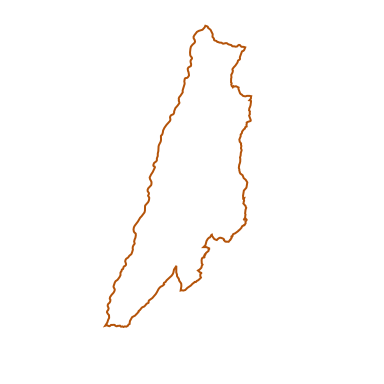 Boavita, Boyacá, Colombia, rotated 24°
{"feature_id": "7082276B25149264338042", "entity_name": "Boavita", "entity_type": "district", "adm_level": 2, "iso_a3": "COL", "parent_name": "Colombia", "parent_adm1": "Boyacá", "projection": "natural_earth1", "projection_center": [-72.616, 6.332], "detail": "fine", "context": "isolated", "style": "outline", "palette": "amber", "viewbox_px": 384, "rotation_deg": 24, "n_neighbors": 0, "source": "geoboundaries", "source_scale": "gbopen_adm2", "svg_char_len": 6024}
<svg xmlns="http://www.w3.org/2000/svg" viewBox="0 0 384 384"><g transform="rotate(24 192 192)"><path d="M239.8,165.2L238.6,160.7L236.1,159.0L233.6,158.3L231.4,156.1L228.7,155.5L227.6,154.6L227.2,153.9L226.5,153.2L226.0,152.0L225.0,151.0L224.1,148.0L224.0,146.3L223.7,144.7L222.7,142.2L221.8,140.9L221.6,138.9L220.7,136.4L220.4,133.8L220.2,133.4L219.0,132.2L218.8,131.7L218.4,129.9L217.5,128.9L217.2,127.9L216.6,127.4L215.2,126.7L213.9,124.8L213.8,121.3L213.1,119.7L213.6,118.1L213.2,116.3L213.9,113.5L214.5,112.6L214.3,111.1L215.3,109.9L214.4,108.5L214.3,107.4L213.7,106.3L214.3,105.4L216.1,103.8L216.6,103.2L216.6,102.9L216.3,102.3L213.1,99.0L213.2,97.2L212.6,96.5L212.1,94.8L210.9,94.2L210.3,92.1L210.4,91.1L210.2,89.0L209.1,85.3L208.8,84.8L208.3,84.5L207.2,84.8L207.8,82.7L207.2,81.1L207.1,80.4L205.4,80.8L203.0,81.9L202.1,82.8L200.5,83.3L199.3,83.4L197.9,82.8L196.6,82.7L195.6,82.1L192.4,78.8L192.1,77.6L189.2,77.5L187.7,78.5L187.0,78.4L186.7,79.7L186.1,79.3L185.3,79.1L184.9,78.5L184.2,78.0L184.0,76.5L183.1,76.0L181.6,72.5L181.5,71.5L180.2,69.0L180.4,66.9L180.3,65.6L179.9,64.4L179.2,63.9L179.0,63.0L179.5,60.9L180.2,58.9L180.9,55.2L180.6,53.2L181.7,51.5L181.7,50.9L180.9,49.4L180.5,43.4L180.7,42.9L181.5,42.2L181.9,41.1L181.8,38.2L180.2,38.4L178.1,39.2L177.2,38.9L175.9,38.3L175.1,38.5L174.6,39.1L174.0,40.7L172.8,41.5L171.1,41.8L170.2,42.3L169.4,42.4L168.2,41.8L165.2,42.3L163.3,41.9L162.4,42.2L160.2,43.8L159.6,43.9L158.3,43.6L156.1,44.4L155.2,44.3L154.1,44.6L152.9,44.1L151.2,44.3L150.7,44.3L150.2,44.0L149.6,42.9L147.6,41.9L146.7,39.4L143.0,36.3L139.7,35.4L139.2,34.6L138.4,34.5L136.6,34.7L136.6,36.4L135.6,39.5L132.7,42.0L131.4,43.7L130.4,47.9L130.3,49.6L131.0,50.9L132.6,52.0L133.6,53.4L133.7,54.4L133.5,55.0L132.5,57.3L131.9,59.6L132.3,61.8L133.4,65.2L134.7,67.7L135.6,68.5L137.1,69.2L137.6,69.8L137.7,70.2L137.3,72.1L137.4,73.0L138.1,74.2L139.1,75.4L139.6,76.5L139.7,77.4L139.6,77.7L138.7,78.7L138.0,79.9L138.0,81.3L139.1,83.0L140.0,83.8L141.4,85.9L141.9,86.9L141.5,89.0L141.1,89.7L139.6,90.7L139.4,91.8L140.0,94.1L140.9,95.4L141.3,96.3L142.1,102.9L143.0,104.8L142.3,108.8L141.8,110.5L141.8,111.7L142.0,112.3L142.6,113.1L142.8,114.0L144.1,115.4L144.3,116.0L143.7,118.9L142.7,122.1L142.9,125.6L143.4,126.8L143.4,128.2L143.1,128.8L141.7,130.3L141.4,131.6L141.5,132.6L142.8,134.6L143.0,135.6L142.9,136.4L141.4,141.0L140.7,144.5L140.6,147.6L141.2,149.7L141.4,151.7L140.9,152.9L140.8,153.4L142.5,157.0L142.9,158.7L142.7,162.5L142.9,163.9L144.6,168.3L145.1,170.8L146.1,173.1L146.2,175.5L147.0,177.3L146.9,178.5L145.6,180.8L145.6,182.5L146.0,183.7L146.5,184.0L147.6,184.0L148.1,184.6L148.0,189.8L147.5,192.8L147.4,195.9L148.3,197.2L150.7,199.1L151.3,200.1L151.8,201.6L151.9,202.4L150.5,206.5L150.6,208.2L151.2,209.3L153.1,210.5L153.4,211.3L153.4,213.3L155.1,214.4L155.6,215.5L156.0,217.0L156.1,218.5L156.0,219.3L154.8,223.1L154.8,223.9L156.6,228.2L156.9,230.0L155.8,234.7L155.1,236.6L154.6,241.0L153.4,246.1L153.3,247.9L153.8,250.0L154.9,251.7L155.7,252.3L157.5,252.9L158.3,254.4L158.9,256.8L158.9,258.7L159.3,260.8L160.6,262.4L160.6,262.8L160.2,264.5L160.2,266.0L160.6,267.4L161.4,268.6L161.7,270.6L161.9,273.0L161.7,273.8L160.7,275.7L160.3,277.8L159.1,279.7L158.9,280.8L159.1,282.4L161.1,284.7L161.3,285.7L161.0,286.6L160.1,287.7L160.0,288.3L160.3,290.2L160.2,290.6L159.5,291.4L159.8,293.4L159.5,294.0L159.5,294.9L160.5,297.1L160.4,299.3L159.7,302.5L158.5,304.5L158.3,306.0L158.7,310.1L159.2,310.9L161.0,312.3L161.4,313.6L161.4,314.9L161.2,316.2L160.4,318.6L159.9,321.4L160.2,322.8L160.5,323.2L161.1,323.4L161.7,324.7L161.8,325.8L161.6,327.0L161.0,328.2L161.0,329.6L161.4,330.5L163.1,332.1L163.4,333.7L163.0,335.5L163.2,336.4L164.6,337.5L166.3,338.3L167.5,340.7L167.4,342.8L167.7,345.8L167.1,349.5L168.6,348.2L169.9,348.4L171.1,348.2L171.6,347.6L172.1,346.4L174.8,345.1L175.4,344.9L176.1,345.3L177.4,345.4L178.0,345.2L178.7,344.4L179.7,344.0L180.5,343.4L182.0,343.9L183.1,343.1L184.2,343.2L185.3,342.1L186.8,341.7L187.8,340.3L187.9,339.0L188.7,337.9L188.3,337.0L187.8,335.1L188.2,330.7L190.3,328.0L190.8,326.4L191.5,324.8L191.5,324.0L192.0,323.0L191.7,322.3L192.4,321.1L193.1,318.4L193.5,317.5L194.8,316.2L195.3,315.1L196.0,312.5L197.3,311.0L197.3,310.6L196.8,309.4L196.8,308.6L198.9,305.0L200.4,300.0L200.7,297.8L200.9,294.4L201.3,292.7L201.9,291.3L203.3,289.6L204.0,288.1L204.1,287.9L203.5,287.5L203.4,286.3L204.4,285.0L204.7,283.1L207.4,276.8L207.8,274.9L207.8,273.3L207.1,270.2L207.7,266.5L208.0,266.5L210.3,271.8L212.0,273.7L212.4,274.8L214.2,276.1L215.0,276.4L216.4,278.2L219.2,279.9L219.6,280.4L220.6,282.4L221.7,286.6L222.6,285.9L224.1,285.6L225.7,284.3L226.8,281.4L229.0,277.9L229.7,275.8L230.1,275.1L230.5,274.2L230.8,273.9L231.0,273.1L232.1,272.7L232.6,271.2L233.2,270.6L233.8,269.6L234.8,267.2L235.0,266.5L233.8,265.5L233.1,263.9L233.1,263.1L233.5,262.5L233.3,262.1L231.8,262.1L229.4,261.3L230.5,259.7L231.3,257.6L231.3,256.7L231.0,255.9L231.2,254.0L230.2,253.5L229.9,253.1L228.5,250.4L228.1,248.6L228.6,247.5L229.8,246.8L229.9,246.2L229.1,245.7L229.1,243.9L229.6,243.9L229.6,242.0L231.0,239.2L231.0,238.8L230.5,237.7L230.9,237.2L230.6,236.5L227.5,236.5L224.9,237.7L225.9,235.1L225.2,230.9L225.5,228.4L226.1,226.9L226.9,226.1L227.2,223.3L227.5,222.9L228.3,224.0L231.5,225.9L233.3,225.9L234.2,225.8L234.8,224.2L235.6,222.9L235.9,222.6L236.9,222.1L239.0,221.9L240.1,222.1L240.6,222.8L240.8,222.7L241.0,223.1L242.4,223.7L243.3,223.6L243.4,223.4L245.7,222.6L246.3,220.1L246.5,220.1L246.8,218.0L246.8,217.7L246.6,217.7L246.1,216.6L246.3,216.2L246.9,215.8L246.7,214.9L246.8,213.7L248.2,212.2L250.1,208.9L250.2,208.2L250.4,208.1L250.8,207.3L251.7,204.6L251.7,203.4L251.9,202.5L252.5,202.0L252.8,201.2L253.4,201.0L253.7,198.7L252.9,197.3L253.3,195.7L253.1,195.0L251.6,194.5L251.2,195.1L250.9,196.0L250.6,195.8L250.8,195.1L250.9,193.4L250.4,192.4L250.1,190.9L249.3,190.1L248.1,186.4L248.0,184.4L247.2,183.8L246.6,183.0L243.6,181.6L243.6,181.0L243.2,179.9L243.2,178.9L242.3,177.6L242.2,176.4L241.4,177.1L240.1,174.5L238.8,169.6L239.9,166.1L239.8,165.2Z" fill="none" stroke="#b45309" stroke-width="2"/></g></svg>